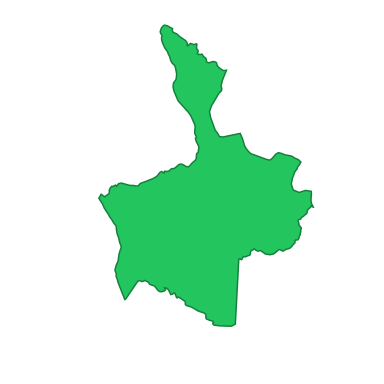 the Region of Cuvette, rotated 123°
{"feature_id": "COG-3342", "entity_name": "Cuvette", "entity_type": "Region", "adm_level": 1, "iso_a3": "COG", "parent_name": "Republic of the Congo", "parent_adm1": "", "projection": "natural_earth1", "projection_center": [15.8, -0.78], "detail": "fine", "context": "isolated", "style": "filled", "palette": "green", "viewbox_px": 384, "rotation_deg": 123, "n_neighbors": 0, "source": "natural_earth", "source_scale": "10m", "svg_char_len": 5758}
<svg xmlns="http://www.w3.org/2000/svg" viewBox="0 0 384 384"><g transform="rotate(123 192 192)"><path d="M318.8,189.8L308.1,204.8L306.0,207.0L304.4,209.3L303.8,209.9L301.6,211.1L301.4,211.5L299.9,213.7L299.0,214.3L294.9,215.6L290.8,216.3L289.3,216.8L284.0,219.3L280.1,220.5L277.6,221.0L277.1,221.3L276.2,221.9L275.8,222.2L275.5,222.7L273.7,225.2L270.5,228.4L268.0,231.8L264.3,235.3L262.5,236.5L262.0,237.1L261.6,237.8L260.8,240.4L258.9,244.2L257.7,247.6L256.4,249.7L253.4,256.6L250.8,260.5L248.9,264.8L247.9,266.8L245.3,266.8L243.4,267.0L243.2,266.1L243.6,264.8L243.6,263.5L243.3,262.5L243.2,262.3L242.9,262.5L240.5,261.4L238.9,260.9L237.3,261.1L235.9,262.2L234.6,262.6L232.5,262.7L230.7,262.3L230.6,261.6L230.3,261.1L228.9,260.6L227.8,259.8L228.3,258.3L224.9,258.1L222.9,256.0L220.4,247.9L218.7,245.2L217.4,242.2L217.1,241.5L216.4,240.8L215.9,240.5L212.9,240.0L212.3,239.6L211.8,239.1L203.0,232.7L200.5,231.2L198.0,230.1L192.8,229.5L191.4,228.7L191.4,226.6L191.1,225.7L190.2,226.3L189.6,226.3L189.0,225.3L187.8,223.4L187.2,223.0L183.5,221.8L183.1,221.3L182.8,220.7L182.3,220.0L180.6,219.2L176.9,218.2L175.4,217.5L174.2,215.8L173.9,213.7L173.9,211.5L173.4,209.7L172.4,208.5L171.0,208.1L167.9,207.8L163.6,206.5L162.1,206.6L160.8,207.1L158.4,208.5L157.2,209.0L156.7,208.9L155.9,208.4L155.6,208.3L155.0,208.6L154.0,209.2L151.1,210.3L149.9,211.5L147.6,215.5L146.5,217.0L145.1,218.3L144.8,218.4L143.9,218.1L143.6,218.2L143.0,218.9L142.0,220.7L141.4,221.5L139.7,222.8L135.7,224.8L134.0,226.4L128.8,234.4L127.2,238.3L123.1,253.3L117.6,261.5L114.6,264.8L113.3,265.6L111.1,266.7L110.2,266.9L107.1,266.7L106.4,266.8L105.7,266.9L101.8,268.9L100.8,269.7L96.9,273.4L95.9,274.8L95.2,275.9L94.9,278.1L94.7,278.8L93.7,280.8L93.1,281.7L90.9,284.2L90.2,285.2L89.3,286.9L87.7,289.0L87.3,289.7L86.4,292.4L86.1,293.1L82.9,298.1L81.1,300.1L80.0,301.1L78.6,301.8L77.7,302.0L77.1,302.5L76.7,303.1L76.1,304.6L75.9,304.9L75.5,305.3L75.0,305.8L74.4,306.2L71.4,306.9L70.8,306.9L70.1,306.9L68.9,306.7L67.7,306.4L67.0,305.9L66.5,304.7L66.0,302.9L65.7,298.0L65.5,297.4L67.8,296.0L68.3,294.7L67.7,290.7L67.8,289.9L68.3,287.5L68.5,280.2L69.0,278.2L70.0,276.9L71.9,275.6L71.3,275.0L69.6,274.7L68.2,274.2L67.3,270.5L65.7,269.5L65.2,268.8L65.9,268.0L67.5,267.4L68.3,266.9L69.0,266.3L69.6,265.4L69.9,264.3L70.4,263.5L73.0,262.9L73.0,261.5L72.1,259.9L71.0,258.7L72.1,256.0L72.2,253.8L72.5,252.9L73.4,251.9L74.4,251.1L75.0,250.1L74.5,248.2L71.7,246.0L70.6,244.6L70.1,242.8L70.3,241.8L70.9,241.2L71.5,240.6L72.1,239.8L72.5,238.8L72.8,238.0L73.1,235.9L73.2,233.0L73.1,232.2L72.5,231.0L71.1,229.4L81.5,227.4L87.1,225.5L89.0,223.4L91.0,222.4L94.3,223.2L109.2,222.6L115.2,221.0L119.6,216.7L127.4,206.3L128.9,202.3L130.6,199.2L129.1,196.1L116.6,183.5L120.0,178.4L124.5,173.2L126.1,170.1L127.2,166.9L127.8,163.7L124.1,147.3L122.9,144.1L120.2,143.1L114.4,142.3L111.9,140.9L110.9,137.9L110.2,134.3L108.0,129.1L107.5,127.0L107.6,125.5L107.6,124.0L106.9,120.5L107.6,117.0L110.3,116.7L113.1,117.0L116.2,116.4L117.7,116.7L119.2,116.7L125.3,115.4L131.2,113.1L135.2,108.2L134.0,101.9L128.8,97.6L126.5,92.3L129.2,90.4L132.3,88.8L134.7,87.3L136.7,85.3L138.6,82.1L138.8,82.6L138.8,82.9L138.6,83.7L138.6,84.2L138.8,84.5L139.1,84.6L139.8,84.3L140.1,84.2L142.6,85.0L144.1,85.2L144.6,85.2L145.1,85.1L145.8,84.8L146.3,84.4L146.8,84.2L147.3,84.1L148.3,84.3L149.5,84.8L150.1,84.9L150.9,85.1L151.9,85.4L152.3,85.6L152.7,85.7L153.0,86.0L153.3,86.2L153.7,86.3L154.1,86.2L154.9,86.1L155.8,86.3L156.3,86.6L157.0,87.2L157.4,87.4L157.8,87.4L158.3,87.4L158.8,87.0L159.9,85.5L160.2,85.2L161.2,84.5L161.4,84.1L161.6,83.7L161.8,83.3L162.2,81.8L162.5,81.0L162.6,80.8L162.8,80.6L163.0,80.5L163.2,80.4L163.6,80.3L164.5,80.2L165.0,80.0L165.1,79.9L165.6,79.4L165.9,79.2L166.4,79.0L167.1,78.9L167.6,78.7L168.0,78.5L168.6,78.1L169.0,78.0L171.4,77.8L171.5,77.7L172.1,77.3L172.4,77.2L172.8,77.1L173.7,77.1L174.3,77.1L174.9,77.5L175.2,77.9L175.3,78.4L175.6,78.8L175.9,79.0L176.4,79.0L177.2,78.8L177.7,78.5L178.4,78.1L178.7,78.0L179.1,78.0L181.0,78.6L183.0,78.6L185.6,79.2L186.1,79.5L186.4,79.8L186.7,80.0L187.1,80.3L187.4,80.5L187.9,81.1L188.2,81.4L188.9,81.9L189.3,82.1L190.9,82.8L191.6,83.2L191.9,83.5L192.1,83.9L192.3,84.3L192.3,86.1L192.4,86.6L192.6,87.0L192.8,87.4L193.1,87.7L193.4,87.9L194.0,88.1L195.9,88.6L199.2,89.7L199.6,89.9L199.9,90.2L201.0,91.4L202.0,92.2L202.4,93.0L203.9,96.3L204.0,96.8L203.8,101.9L203.9,102.2L204.0,102.6L204.1,103.0L204.4,103.3L204.6,103.5L205.2,103.9L205.4,104.1L205.6,104.4L205.8,104.8L205.9,105.7L206.0,106.5L205.8,108.6L205.9,108.9L206.2,109.1L206.9,109.2L207.4,109.4L208.9,110.3L209.3,110.4L209.9,110.4L210.6,110.2L212.0,109.4L212.5,109.2L213.0,109.1L213.7,109.3L214.1,109.5L214.7,110.2L215.1,110.4L215.4,110.7L216.5,111.3L216.9,111.5L217.1,111.8L217.8,113.0L218.0,113.3L218.3,113.6L218.8,113.7L221.2,113.5L221.6,113.5L221.8,113.8L221.9,114.2L222.0,114.7L222.1,115.1L222.3,115.6L222.5,115.9L222.8,116.2L279.2,83.7L282.6,85.5L283.8,86.9L289.4,96.3L291.5,100.7L291.6,101.0L291.5,101.8L291.3,102.7L290.7,103.1L290.1,103.0L289.5,103.0L289.0,104.0L289.1,104.9L290.0,107.0L290.3,109.2L290.6,110.1L290.6,110.9L289.9,111.9L289.0,112.5L288.1,112.9L287.4,113.6L286.9,114.8L287.0,116.5L288.2,120.8L288.5,122.6L288.7,128.8L289.0,130.6L290.1,134.0L290.2,136.0L289.3,136.9L288.1,137.4L287.5,138.7L287.4,145.9L287.7,146.4L288.9,146.7L288.9,147.5L286.1,151.4L286.6,152.1L288.2,152.6L289.6,153.9L287.0,158.2L286.4,160.7L287.4,162.8L288.3,160.9L289.8,161.1L291.4,162.4L292.6,163.7L293.2,165.5L292.9,167.5L291.4,171.7L291.3,172.3L292.3,176.2L292.5,177.3L291.6,179.1L291.5,180.2L291.9,183.5L292.2,183.8L292.8,183.8L293.4,184.3L294.0,184.8L294.3,185.0L294.5,185.5L294.6,187.3L295.4,188.2L296.2,188.6L297.7,188.9L317.7,189.3L318.5,189.6L318.8,189.8L318.8,189.8Z" fill="#22c55e" stroke="#15803d" stroke-width="1.5"/></g></svg>